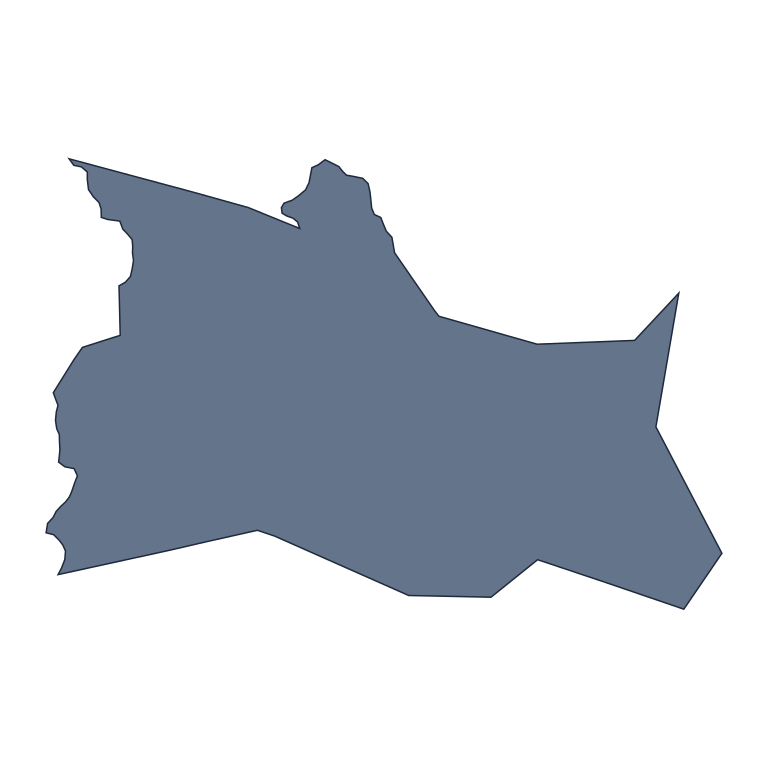 Utinga, Bahia, Brazil (orthographic projection)
{"feature_id": "56859067B43772333404859", "entity_name": "Utinga", "entity_type": "district", "adm_level": 2, "iso_a3": "BRA", "parent_name": "Brazil", "parent_adm1": "Bahia", "projection": "orthographic", "projection_center": [-41.139, -12.037], "detail": "fine", "context": "isolated", "style": "filled", "palette": "slate", "viewbox_px": 768, "rotation_deg": 0, "n_neighbors": 0, "source": "geoboundaries", "source_scale": "gbopen_adm2", "svg_char_len": 1363}
<svg xmlns="http://www.w3.org/2000/svg" viewBox="0 0 768 768"><path d="M58.1,574.6L169.4,550.3L206.5,541.7L257.4,530.3L274.4,536.0L408.7,595.5L491.0,597.2L537.6,559.7L600.7,580.8L642.9,595.2L683.8,609.2L721.9,553.3L717.5,544.9L655.9,426.9L678.8,293.1L634.6,340.4L537.1,344.2L439.0,316.3L434.6,310.7L394.6,252.8L391.9,237.3L386.3,231.2L383.1,223.5L380.8,217.5L374.3,214.5L371.7,208.1L370.8,199.5L370.0,192.0L368.1,183.6L362.7,178.3L352.4,176.2L346.5,175.2L342.4,171.1L338.9,166.6L325.1,159.7L318.2,164.8L311.9,167.7L309.0,182.8L305.5,189.9L298.2,196.0L292.2,200.2L284.1,203.1L281.4,207.6L282.1,213.2L286.8,216.0L292.9,218.1L297.6,222.0L299.7,228.5L248.4,207.6L195.9,192.9L69.1,158.8L73.8,165.3L81.4,166.9L87.3,172.0L87.3,179.4L88.5,189.6L93.4,196.8L99.0,202.5L101.1,209.0L101.3,217.4L107.8,219.5L119.8,221.1L122.8,229.1L128.0,234.6L132.1,239.6L132.7,246.2L132.5,253.0L133.5,260.6L132.1,269.2L130.4,276.5L125.4,282.2L119.0,285.8L120.2,335.4L114.2,337.2L82.4,347.4L74.1,359.4L53.3,392.7L56.0,400.1L58.0,405.3L56.3,412.0L55.5,420.4L56.7,428.6L59.3,434.5L59.5,442.6L59.9,449.5L59.3,456.1L58.6,462.1L64.9,466.8L74.1,468.6L77.4,475.8L74.5,483.3L71.8,491.3L69.6,496.5L65.7,501.8L60.7,506.4L56.1,511.5L53.1,517.5L47.6,523.4L46.1,532.8L53.7,534.7L59.5,540.6L62.8,545.0L65.5,551.0L64.8,559.6L61.4,568.3L58.1,574.6Z" fill="#64748b" stroke="#1e293b" stroke-width="1.5"/></svg>